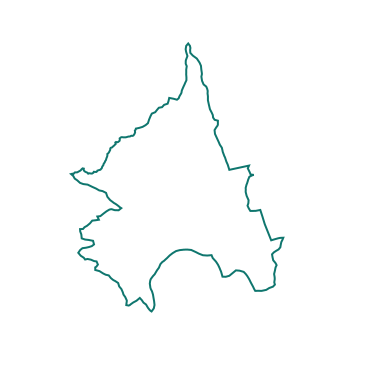 Ainamoi, Rift Valley, Kenya (Natural Earth projection), rotated 297°
{"feature_id": "3690345B54801368411234", "entity_name": "Ainamoi", "entity_type": "district", "adm_level": 2, "iso_a3": "KEN", "parent_name": "Kenya", "parent_adm1": "Rift Valley", "projection": "natural_earth1", "projection_center": [35.277, -0.312], "detail": "fine", "context": "isolated", "style": "outline", "palette": "teal", "viewbox_px": 384, "rotation_deg": 297, "n_neighbors": 0, "source": "geoboundaries", "source_scale": "gbopen_adm2", "svg_char_len": 4707}
<svg xmlns="http://www.w3.org/2000/svg" viewBox="0 0 384 384"><g transform="rotate(297 192 192)"><path d="M227.6,118.4L225.1,115.8L223.0,113.2L222.1,113.5L220.8,113.2L219.4,114.2L217.9,114.4L216.8,114.3L215.9,114.2L215.1,113.7L214.6,112.4L213.3,111.5L212.6,110.3L211.9,109.5L211.1,108.7L210.3,107.6L209.9,106.7L209.5,105.9L209.2,105.0L208.7,104.1L208.0,103.7L206.9,103.2L205.7,104.0L204.6,104.2L202.9,103.4L202.3,102.7L202.1,101.6L201.3,101.2L200.2,102.2L199.0,101.8L198.2,101.6L197.1,101.1L195.4,100.5L194.4,99.5L193.5,99.5L192.4,100.0L191.0,100.0L189.7,100.0L188.5,99.8L187.4,99.3L186.4,99.9L185.1,100.3L183.5,100.4L182.4,100.6L181.3,100.8L179.8,100.6L178.7,100.8L177.8,100.6L176.8,100.5L175.8,100.8L174.9,100.7L174.0,100.5L172.1,100.8L171.3,100.5L170.3,100.3L169.5,99.4L168.1,98.0L167.2,98.0L166.4,97.6L166.0,96.7L165.4,95.3L164.4,95.4L163.0,94.5L162.5,93.3L162.0,91.8L161.2,91.2L161.7,90.1L161.6,88.6L161.6,87.4L162.0,86.0L162.6,85.4L163.7,85.0L163.4,83.8L162.2,83.3L161.1,83.1L160.2,82.7L159.2,82.0L157.4,80.8L156.3,78.8L155.3,78.4L154.3,78.2L154.0,77.1L153.1,76.1L152.4,78.9L150.7,81.4L150.3,84.4L149.3,88.1L149.7,91.5L151.2,95.7L151.3,100.9L151.5,105.0L151.3,108.6L152.2,111.9L152.2,115.8L149.3,118.8L147.7,122.5L147.5,123.4L147.1,125.8L146.8,127.2L146.7,129.2L146.5,130.7L146.1,132.9L145.7,134.5L145.5,136.3L142.4,134.9L140.7,131.3L140.2,128.2L139.4,127.0L138.7,126.3L136.0,124.6L132.7,123.0L128.9,121.3L127.2,118.8L125.0,121.6L122.9,118.7L121.2,116.1L117.7,115.3L114.2,113.8L111.8,112.2L109.6,111.7L108.1,109.1L106.1,110.3L104.0,112.6L100.6,114.8L101.1,118.3L102.3,121.5L103.6,126.0L100.8,128.5L98.3,127.3L96.2,125.2L94.2,122.8L92.2,119.9L89.5,118.7L86.2,118.3L84.7,121.8L84.3,125.4L83.3,127.4L84.9,129.3L85.8,132.6L86.0,136.1L86.8,138.5L84.6,141.1L82.1,140.7L80.9,140.0L78.6,141.2L79.5,145.5L79.1,149.7L79.1,152.6L79.9,155.7L78.5,158.7L77.9,161.3L77.8,162.3L77.8,163.9L77.4,167.5L74.8,170.0L73.5,173.1L71.8,175.2L70.9,176.2L69.5,177.5L68.1,180.2L65.7,183.2L65.0,183.5L62.4,184.4L61.4,184.8L62.1,187.2L63.0,187.9L64.0,188.3L66.9,189.8L69.9,191.9L73.9,193.6L73.4,194.9L72.9,196.3L71.4,199.0L70.9,202.1L68.9,205.2L67.8,207.5L67.3,209.0L67.2,210.2L70.9,210.8L74.3,209.9L77.5,207.8L80.3,205.7L82.9,203.8L85.3,201.5L86.9,199.3L87.9,198.3L88.8,197.7L91.2,196.0L93.8,195.1L95.4,194.8L96.4,194.9L99.3,195.4L100.4,195.7L101.7,196.1L103.7,196.2L105.1,196.3L106.5,196.4L109.5,196.9L113.4,196.6L116.1,197.3L117.9,198.3L120.1,199.1L121.6,199.7L125.3,200.9L128.7,202.5L132.1,204.6L134.6,207.4L136.9,210.9L138.5,213.8L140.0,217.6L140.2,222.6L140.2,226.2L140.6,230.4L142.3,234.4L144.6,238.1L142.6,240.4L141.9,242.2L141.0,244.6L140.5,245.6L139.0,248.2L137.4,250.3L136.6,251.3L135.0,253.1L134.5,253.8L132.7,255.5L130.4,257.6L131.8,260.6L134.3,263.3L142.1,266.7L143.5,270.1L144.3,274.3L143.3,277.2L142.1,279.6L140.3,282.5L137.9,285.7L135.7,288.9L134.9,290.0L134.0,291.1L132.6,293.2L134.0,295.8L135.5,298.9L138.5,302.6L141.5,304.4L144.4,307.1L147.1,307.9L148.9,306.3L151.6,305.4L152.8,304.8L153.9,304.1L156.2,302.4L159.5,301.6L162.7,300.7L165.2,300.6L165.9,299.7L166.8,298.3L168.0,295.4L170.4,293.4L172.8,291.6L175.3,292.3L177.8,293.7L180.1,295.2L182.8,295.8L185.4,295.0L188.0,294.3L190.5,294.3L191.8,294.2L192.7,294.1L191.1,291.3L189.8,289.7L187.1,286.8L184.9,284.5L196.4,271.4L202.1,265.9L207.0,261.0L204.1,257.3L201.6,252.6L202.7,250.8L203.2,250.0L205.0,247.7L207.6,247.3L210.4,246.1L213.4,242.4L216.4,239.8L219.0,238.6L219.9,238.0L223.5,237.2L224.4,237.2L227.3,236.7L228.1,236.5L231.6,236.2L234.1,238.0L235.3,239.3L234.2,236.3L236.0,234.2L236.6,233.4L238.4,231.0L241.4,230.8L228.7,215.2L232.6,211.4L234.7,208.8L237.9,205.6L238.5,204.7L241.8,201.1L242.6,200.5L245.0,198.5L246.8,195.3L248.5,193.3L251.1,190.0L254.2,186.1L257.4,184.0L260.0,184.2L260.9,184.3L262.7,184.6L263.7,184.5L265.1,183.8L267.3,182.7L266.6,179.4L267.9,177.0L270.0,175.6L271.6,173.6L273.9,170.4L277.7,167.2L281.0,164.5L284.4,162.8L285.6,162.0L286.7,161.2L289.2,160.1L291.0,158.5L292.4,156.8L293.1,153.5L295.6,150.5L299.0,148.0L301.6,147.3L302.7,146.6L305.5,144.6L308.5,142.7L310.7,140.0L313.1,135.7L313.9,130.8L315.2,127.3L317.8,125.8L319.6,125.2L321.3,123.8L322.6,121.2L319.6,120.5L318.6,120.8L316.4,121.5L314.5,122.9L313.4,123.9L311.1,126.2L308.4,126.5L306.7,126.7L305.8,127.0L303.4,128.2L301.7,130.2L298.4,131.3L295.5,132.8L294.2,133.4L292.9,134.2L291.6,135.0L289.0,136.3L285.6,136.4L284.8,136.5L281.7,136.6L278.5,136.8L277.6,136.9L275.8,137.5L274.9,137.6L272.2,137.4L271.3,137.4L269.4,137.6L267.4,136.7L266.7,133.2L265.5,129.0L262.3,129.8L259.6,130.2L257.0,127.6L254.0,126.8L252.0,124.2L249.0,123.5L246.4,123.0L243.6,120.6L240.8,120.6L236.9,120.9L233.3,121.5L230.5,120.3L227.6,118.4Z" fill="none" stroke="#0f766e" stroke-width="2"/></g></svg>